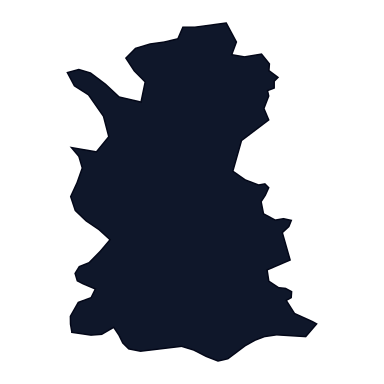 an SVG outline of Mātara
{"feature_id": "LKA-2466", "entity_name": "Mātara", "entity_type": "District", "adm_level": 1, "iso_a3": "LKA", "parent_name": "Sri Lanka", "parent_adm1": "", "projection": "mercator", "projection_center": [80.546, 6.16], "detail": "fine", "context": "isolated", "style": "filled", "palette": "ink", "viewbox_px": 384, "rotation_deg": 0, "n_neighbors": 0, "source": "natural_earth", "source_scale": "10m", "svg_char_len": 1301}
<svg xmlns="http://www.w3.org/2000/svg" viewBox="0 0 384 384"><path d="M316.6,323.9L305.7,336.6L276.6,334.8L264.4,336.6L255.0,340.2L245.2,345.7L227.9,358.7L222.9,359.9L218.0,361.0L206.2,356.4L193.7,350.0L186.5,347.8L181.6,346.3L140.5,351.2L128.8,348.9L122.8,343.0L119.0,335.2L116.0,330.7L113.7,327.3L101.7,334.3L91.0,335.1L71.8,332.3L71.8,331.6L70.5,324.1L70.4,316.3L78.3,302.4L91.1,297.7L95.4,289.0L82.9,283.7L77.3,280.8L75.1,273.4L79.3,266.6L89.1,262.7L100.4,251.2L110.1,239.7L98.9,229.5L86.2,220.9L75.3,210.5L70.7,196.6L77.1,182.7L82.3,168.0L78.9,156.4L71.5,147.6L96.4,151.9L108.8,136.7L103.5,116.3L88.5,94.8L74.4,85.8L67.4,72.6L78.8,69.5L90.5,73.0L105.5,84.3L119.1,97.0L141.0,102.1L145.2,81.9L134.3,70.9L125.9,58.1L135.5,48.4L150.1,44.0L164.0,42.1L177.9,38.8L182.9,27.2L195.0,27.2L226.2,23.0L236.4,42.0L231.7,54.7L244.5,56.9L261.5,54.1L269.4,63.9L268.9,70.6L278.0,77.4L274.2,81.2L274.2,88.0L267.5,90.6L268.7,96.0L263.9,108.5L268.7,119.9L241.5,140.5L232.8,171.2L245.2,179.9L258.6,185.0L264.9,183.9L268.7,187.7L265.3,195.2L261.1,201.6L263.5,213.8L275.2,220.1L283.5,218.7L291.3,220.4L288.8,226.6L282.3,232.6L290.1,260.0L267.1,269.9L268.8,281.2L278.6,287.7L285.5,288.4L291.6,291.7L291.2,297.6L286.2,300.4L294.5,313.5L312.6,321.7L316.6,323.9Z" fill="#0f172a" stroke="#020617" stroke-width="1.5"/></svg>